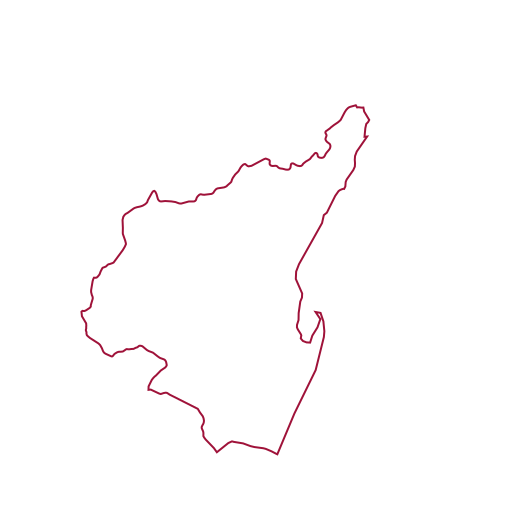 Nakhon Si Thammarat, Mercator projection, rotated 35°
{"feature_id": "THA-376", "entity_name": "Nakhon Si Thammarat", "entity_type": "Province", "adm_level": 1, "iso_a3": "THA", "parent_name": "Thailand", "parent_adm1": "", "projection": "mercator", "projection_center": [99.657, 8.562], "detail": "fine", "context": "isolated", "style": "outline", "palette": "rose", "viewbox_px": 512, "rotation_deg": 35, "n_neighbors": 0, "source": "natural_earth", "source_scale": "10m", "svg_char_len": 4920}
<svg xmlns="http://www.w3.org/2000/svg" viewBox="0 0 512 512"><g transform="rotate(35 256 256)"><path d="M251.3,75.3L253.6,76.3L254.9,75.2L257.4,73.9L258.8,72.8L261.7,75.6L270.7,79.6L271.0,81.9L270.6,84.6L272.2,88.5L276.5,96.1L278.5,94.4L278.6,112.6L279.8,117.3L281.7,120.5L283.9,123.2L285.7,126.1L286.4,129.8L286.4,141.4L287.0,143.9L289.3,147.8L289.7,150.5L289.2,150.7L288.1,152.0L287.0,153.8L286.4,155.5L286.4,161.3L289.2,179.9L288.1,183.6L291.2,191.1L295.9,238.0L297.8,245.7L301.8,252.0L315.3,260.2L317.5,263.7L318.4,267.9L323.7,278.3L327.6,284.1L329.1,288.9L330.5,291.0L332.3,292.1L337.5,294.3L338.6,295.0L340.0,297.9L343.2,298.7L346.9,297.8L350.0,295.9L347.8,288.9L347.3,279.2L344.9,270.8L336.9,267.7L341.5,265.6L348.7,270.9L355.2,278.5L358.1,283.5L370.3,315.2L377.8,363.0L387.2,406.2L386.1,406.4L380.7,407.1L374.6,408.4L372.2,409.3L364.3,413.4L360.5,414.9L352.9,416.9L344.2,421.1L343.4,421.3L342.6,421.7L340.6,425.1L336.5,439.2L331.7,437.5L320.0,435.2L317.6,434.4L316.2,433.7L314.4,431.1L313.3,430.0L310.6,428.4L310.0,427.8L309.6,427.2L309.4,426.3L309.2,425.4L309.2,424.4L309.0,423.5L308.8,422.6L308.1,421.2L307.7,420.6L306.1,419.0L304.3,417.8L299.8,416.3L296.0,414.6L264.7,419.1L263.1,419.1L261.6,419.2L260.5,419.7L259.0,421.2L257.6,423.1L257.1,423.7L255.7,424.2L246.4,425.8L244.7,427.3L242.8,424.4L241.7,417.3L241.8,415.0L242.1,413.0L242.6,411.3L243.7,404.4L245.6,399.4L245.7,398.0L245.6,396.9L245.1,396.2L243.4,394.6L242.7,394.1L241.9,393.7L240.8,393.4L239.8,393.5L236.5,394.4L235.5,394.6L232.9,394.6L227.8,394.3L226.9,394.3L222.6,395.4L220.5,395.6L214.8,395.1L214.0,395.3L213.2,395.6L212.5,396.0L211.9,396.5L211.6,397.2L211.4,398.1L211.1,398.9L210.6,399.6L210.1,400.2L209.0,402.3L207.2,403.7L205.5,405.3L204.8,405.7L204.1,406.1L203.4,406.5L203.0,407.2L202.4,408.9L201.8,410.4L201.3,411.0L200.1,412.0L199.5,412.4L198.9,412.9L198.3,413.4L197.8,414.1L197.4,414.7L196.4,417.0L196.2,417.9L196.1,419.8L195.9,420.6L195.3,421.1L194.5,421.3L189.1,422.3L187.7,422.4L186.5,422.2L185.0,421.5L182.8,420.0L179.5,418.4L178.0,418.1L176.8,418.0L167.1,418.4L164.6,418.2L162.9,417.9L162.3,417.4L161.7,416.9L160.8,415.6L159.5,414.7L159.0,414.1L158.4,412.6L157.5,411.4L157.1,410.6L155.5,408.6L148.0,405.2L145.0,401.8L145.1,401.1L145.4,400.4L146.2,400.0L146.9,399.6L147.4,398.9L148.0,397.8L149.5,394.0L149.7,392.7L149.5,391.9L148.9,391.1L146.8,384.8L146.4,384.1L145.8,383.4L145.2,382.9L143.9,382.1L141.6,380.1L140.5,378.5L136.6,370.3L135.9,368.1L135.7,366.7L137.3,365.7L137.9,364.9L138.2,363.6L138.4,360.9L137.6,357.8L137.1,354.2L137.2,353.5L137.7,352.8L138.6,351.5L139.1,350.7L139.6,348.1L139.8,347.7L140.0,347.3L140.7,346.6L142.6,344.0L143.1,343.0L143.5,327.7L143.2,323.7L142.7,321.0L142.1,320.2L140.0,318.4L134.4,314.4L133.7,313.6L130.8,309.3L126.0,303.0L124.8,299.9L124.8,298.0L125.0,296.7L125.3,295.9L126.1,294.3L128.5,287.3L129.2,286.0L130.5,284.3L132.3,282.4L133.3,281.2L134.3,279.8L135.5,277.2L135.9,275.5L136.0,274.4L135.4,272.2L134.5,263.4L134.7,261.8L135.3,261.0L136.1,261.0L136.9,261.2L137.6,261.6L139.0,262.4L142.7,265.4L143.3,265.8L144.1,266.1L144.9,266.3L145.7,266.3L146.5,266.0L147.3,265.5L150.0,263.1L155.4,259.8L159.1,258.0L162.5,257.1L163.3,256.8L164.7,255.9L169.5,250.1L169.8,249.8L174.0,246.8L174.6,245.7L174.7,244.6L174.5,243.8L174.2,243.0L174.0,241.9L174.0,240.6L174.4,238.5L175.0,237.4L175.8,236.9L177.0,236.4L178.4,235.6L183.9,230.7L184.5,229.7L184.8,228.6L184.7,226.3L184.9,224.4L185.3,223.4L185.8,222.6L190.4,218.2L191.3,216.9L191.9,215.7L192.0,214.8L193.1,210.3L193.2,209.4L192.5,207.1L192.2,205.2L192.2,201.1L192.9,197.4L193.0,196.4L192.6,192.3L192.7,190.8L193.1,188.6L193.7,187.5L194.4,186.9L195.3,186.9L196.3,187.0L197.4,187.1L198.5,186.8L200.6,184.7L206.9,172.3L208.0,170.7L208.8,170.4L210.5,170.0L211.3,169.8L212.2,169.9L212.8,170.3L213.2,170.9L213.6,171.6L214.0,172.3L214.5,172.9L215.2,173.2L216.1,173.4L216.9,173.2L217.7,172.9L218.3,172.5L220.1,171.0L220.8,170.6L221.6,170.4L222.4,170.5L223.3,170.7L224.1,170.7L225.0,170.6L225.7,170.3L227.9,169.2L230.9,168.1L232.5,167.1L233.3,166.3L233.6,165.3L233.6,164.4L233.4,163.5L233.0,162.8L232.6,162.0L232.2,161.2L232.0,160.3L232.3,159.6L232.9,159.1L233.6,158.8L234.6,158.7L236.9,158.5L238.3,158.2L240.4,157.2L241.3,156.3L241.7,155.3L241.8,154.4L241.7,153.5L241.9,152.6L242.7,149.9L244.0,147.1L244.6,145.5L244.7,142.5L245.0,141.2L245.3,138.1L245.8,137.3L246.5,137.0L247.4,137.1L248.1,137.5L249.2,138.6L249.8,139.0L250.8,139.1L252.0,138.8L253.6,137.9L254.4,137.0L254.8,136.2L254.9,134.8L254.5,132.1L254.6,130.1L254.9,127.2L254.9,126.2L254.8,125.3L254.5,124.4L254.2,123.7L253.7,123.0L253.1,122.5L252.5,122.1L251.7,121.9L248.9,121.8L248.0,121.6L247.1,121.3L246.4,120.9L245.8,120.4L245.5,119.7L244.8,117.1L244.4,116.5L243.7,116.1L242.2,115.3L241.8,114.7L241.7,113.7L243.4,108.9L243.5,108.0L244.7,104.1L246.4,99.7L247.0,97.5L247.3,95.9L246.2,87.4L246.1,84.7L246.4,82.4L246.8,81.1L247.6,79.8L251.3,75.3Z" fill="none" stroke="#9f1239" stroke-width="2"/></g></svg>